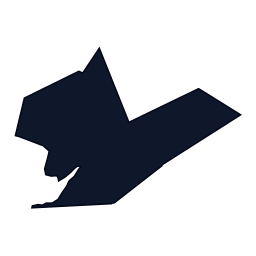 Beausejour/Myers Bridge, Soufrière, Saint Lucia
{"feature_id": "8701671B90029568380485", "entity_name": "Beausejour/Myers Bridge", "entity_type": "district", "adm_level": 2, "iso_a3": "LCA", "parent_name": "Saint Lucia", "parent_adm1": "Soufrière", "projection": "robinson", "projection_center": [-61.036, 13.822], "detail": "fine", "context": "isolated", "style": "filled", "palette": "ink", "viewbox_px": 256, "rotation_deg": 0, "n_neighbors": 0, "source": "geoboundaries", "source_scale": "gbopen_adm2", "svg_char_len": 772}
<svg xmlns="http://www.w3.org/2000/svg" viewBox="0 0 256 256"><path d="M32.3,205.9L31.9,207.8L111.5,203.7L112.8,202.8L114.0,203.0L116.0,201.5L161.9,165.8L162.2,164.7L240.6,114.8L199.0,88.9L198.5,88.7L128.9,122.3L99.3,48.2L82.8,73.0L80.9,72.2L78.8,71.3L25.1,97.7L24.4,98.0L15.4,135.6L19.2,136.6L43.3,145.8L49.2,151.1L47.9,156.9L44.6,168.9L45.8,174.7L51.3,176.1L56.8,175.7L58.1,178.1L58.6,180.9L58.8,180.8L61.0,179.5L63.8,177.8L66.4,176.0L66.8,175.4L67.5,175.0L69.7,173.1L71.5,171.6L71.9,171.0L73.5,169.4L73.8,169.1L75.7,167.4L77.3,166.3L79.4,166.1L80.1,166.3L80.5,166.5L80.4,167.0L77.9,170.4L74.5,176.1L72.8,177.7L69.0,181.0L66.9,185.8L61.9,193.0L58.1,199.3L52.2,203.1L46.2,203.1L42.4,205.1L37.8,204.6L32.3,205.9Z" fill="#0f172a" stroke="#020617" stroke-width="1.5"/></svg>